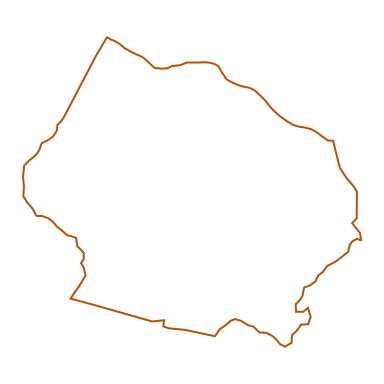 the district of Macieira, Santa Catarina, Brazil
{"feature_id": "56859067B68237115379789", "entity_name": "Macieira", "entity_type": "district", "adm_level": 2, "iso_a3": "BRA", "parent_name": "Brazil", "parent_adm1": "Santa Catarina", "projection": "equal_earth", "projection_center": [-51.346, -26.801], "detail": "fine", "context": "isolated", "style": "outline", "palette": "amber", "viewbox_px": 384, "rotation_deg": 0, "n_neighbors": 0, "source": "geoboundaries", "source_scale": "gbopen_adm2", "svg_char_len": 1656}
<svg xmlns="http://www.w3.org/2000/svg" viewBox="0 0 384 384"><path d="M70.6,298.6L95.7,305.4L152.3,321.5L157.4,320.9L164.0,320.3L163.4,326.4L168.7,328.3L184.6,329.8L214.9,336.2L219.9,329.1L225.6,325.2L231.1,320.5L235.3,319.1L241.1,320.9L248.1,325.2L253.6,326.7L259.3,332.4L266.3,332.8L272.7,336.1L276.8,340.1L279.9,344.0L285.0,346.7L291.5,342.8L292.2,334.9L296.4,331.2L301.2,324.6L308.2,324.2L310.7,316.6L307.9,307.9L303.1,311.8L296.1,311.8L295.7,304.2L299.5,300.5L302.5,295.9L304.1,287.5L309.6,285.6L315.5,281.4L318.2,275.5L322.6,272.2L327.3,265.9L335.7,261.6L348.2,251.8L349.6,245.1L352.6,241.1L356.6,239.0L361.0,240.1L360.1,233.1L356.6,228.8L352.1,223.0L356.7,218.4L356.9,191.9L354.0,186.7L350.8,183.0L346.2,177.6L339.8,167.8L333.1,140.8L327.8,140.4L322.3,136.5L317.1,132.5L311.2,129.2L304.4,127.4L299.1,126.7L293.2,124.9L287.5,121.6L283.1,118.5L278.7,115.2L274.4,111.3L270.6,107.4L265.0,100.2L259.5,94.8L254.8,90.5L249.5,87.8L240.8,86.0L232.9,82.9L226.6,79.4L221.7,72.0L218.1,65.8L213.6,63.7L208.8,62.5L203.8,62.3L199.2,62.5L193.9,62.5L186.9,62.5L180.3,65.2L172.4,66.0L167.3,68.3L161.5,68.6L154.6,68.0L146.8,60.7L142.6,57.1L136.9,54.6L131.4,52.0L124.7,48.2L119.6,44.0L115.4,41.3L111.1,39.6L107.0,37.3L95.6,56.5L64.0,117.0L61.2,121.2L57.4,124.9L56.9,130.5L53.1,136.5L48.1,140.1L41.7,143.2L39.2,150.2L35.8,155.2L29.6,160.2L24.2,165.5L23.0,177.3L24.0,186.3L23.3,196.4L27.8,203.2L32.5,208.6L36.5,215.9L41.9,216.0L48.1,218.1L52.9,221.7L56.8,226.5L62.4,230.9L67.2,235.2L71.8,236.4L76.1,237.9L77.2,246.1L83.6,252.5L83.8,258.8L81.1,263.1L83.9,267.9L85.5,275.6L82.0,281.4L78.7,286.9L75.7,290.8L70.6,298.6Z" fill="none" stroke="#b45309" stroke-width="2"/></svg>